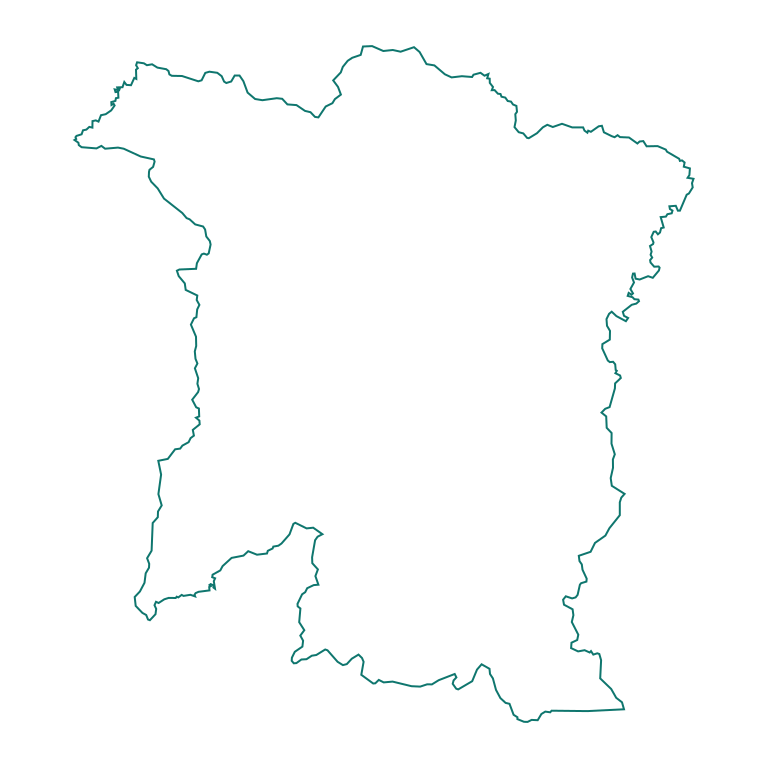 Mueang Nan, Nan, Thailand (Albers equal-area conic projection)
{"feature_id": "78962969B90844485924404", "entity_name": "Mueang Nan", "entity_type": "district", "adm_level": 2, "iso_a3": "THA", "parent_name": "Thailand", "parent_adm1": "Nan", "projection": "albers", "projection_center": [100.677, 18.865], "detail": "fine", "context": "isolated", "style": "outline", "palette": "teal", "viewbox_px": 768, "rotation_deg": 0, "n_neighbors": 0, "source": "geoboundaries", "source_scale": "gbopen_adm2", "svg_char_len": 6031}
<svg xmlns="http://www.w3.org/2000/svg" viewBox="0 0 768 768"><path d="M135.7,605.9L142.4,612.9L146.2,615.0L148.0,619.5L149.9,620.2L155.5,614.2L156.2,608.9L154.5,605.2L156.0,601.8L158.6,603.0L164.3,599.3L168.7,597.9L175.7,598.0L176.7,596.7L178.3,597.4L181.7,594.9L183.5,595.9L190.4,594.8L195.1,596.4L194.5,594.8L195.6,593.1L198.6,591.8L209.5,590.4L209.2,587.0L210.7,586.2L209.5,585.0L210.7,584.1L213.6,585.4L213.4,587.5L215.0,588.7L213.8,581.2L215.1,578.3L212.2,577.2L212.6,574.7L220.3,570.4L222.6,566.1L231.6,557.9L243.5,555.6L248.2,551.2L257.0,554.7L267.0,553.5L267.8,550.8L272.6,548.5L273.3,546.6L278.4,545.7L281.5,543.5L289.5,534.4L293.4,523.9L295.3,522.8L306.6,528.4L313.2,527.7L322.4,534.2L317.6,536.7L315.1,540.2L312.1,557.3L312.3,563.2L317.9,569.4L315.4,576.1L318.4,584.7L313.7,585.1L307.2,588.2L305.2,592.2L302.1,594.3L297.5,603.9L297.7,606.4L300.4,608.5L299.2,622.2L304.3,630.2L300.3,635.6L303.1,640.7L302.4,646.6L294.8,651.8L291.9,657.7L291.7,660.8L293.8,663.3L296.4,663.1L301.4,659.5L306.5,659.2L311.8,655.7L316.3,655.0L325.2,649.5L327.5,650.3L337.6,661.8L342.9,665.1L346.8,664.1L351.8,658.7L358.5,654.6L362.0,658.0L363.6,661.8L361.3,674.8L373.2,683.5L375.3,683.3L378.8,679.9L383.7,682.4L392.6,681.6L411.5,686.2L420.2,686.6L427.2,684.3L431.9,684.4L438.7,680.2L454.7,674.0L456.4,677.4L453.6,680.4L452.7,683.8L456.2,688.7L458.2,689.4L472.2,681.2L477.0,669.6L481.6,664.3L489.5,668.8L490.0,674.0L492.9,678.4L496.0,689.9L500.4,698.1L505.6,702.9L509.5,703.8L513.6,714.8L517.4,717.2L517.4,719.1L524.0,721.8L527.6,721.9L531.6,719.9L537.7,720.2L541.4,714.0L545.3,711.6L550.2,712.3L551.6,710.7L587.5,711.1L624.0,709.3L622.0,702.3L616.2,697.8L611.2,689.0L600.2,678.4L601.1,660.2L599.3,654.0L597.3,653.3L593.3,654.6L591.0,651.1L589.7,652.5L584.6,650.2L578.1,651.4L571.1,648.1L571.5,642.7L577.2,640.0L578.3,634.7L571.8,622.0L573.4,615.2L572.6,609.3L564.0,604.7L563.1,599.7L565.8,596.3L572.1,598.4L575.6,597.4L577.6,594.9L579.9,584.7L581.1,583.2L586.4,581.6L586.7,578.7L582.5,569.7L581.8,564.4L579.5,561.1L578.8,555.8L590.6,551.8L595.0,542.9L605.4,535.6L609.4,528.2L619.8,515.2L619.8,502.3L621.3,497.6L624.6,493.9L611.8,485.8L610.7,478.1L613.0,467.8L612.9,459.4L614.8,454.3L611.5,443.7L611.6,433.0L606.7,427.8L606.2,416.4L601.5,412.6L605.2,408.8L609.6,407.1L614.9,388.4L615.1,383.4L620.8,378.0L620.1,375.5L615.4,373.2L616.8,370.8L615.7,370.0L615.2,364.3L613.1,361.8L609.8,362.1L607.8,360.5L602.2,348.3L602.4,344.1L609.8,339.6L610.0,330.9L607.0,325.8L606.5,319.1L609.1,313.8L611.7,311.7L616.4,316.1L625.9,321.2L628.1,318.0L624.0,315.8L622.8,311.8L631.7,304.8L636.3,303.6L639.0,301.2L638.4,299.6L634.4,299.2L632.5,297.2L627.7,295.9L628.7,292.9L631.6,294.7L633.0,293.4L630.4,289.0L634.0,282.5L632.1,277.5L633.0,273.6L634.6,273.5L635.6,278.7L639.7,279.5L648.1,276.2L652.8,277.8L658.9,270.5L659.6,267.7L658.6,266.5L654.2,266.7L650.5,262.5L650.1,260.1L652.2,257.6L650.6,254.8L651.6,251.6L650.0,246.0L653.1,244.0L653.5,242.4L651.3,237.1L653.7,231.8L655.7,231.5L657.9,234.3L660.0,232.5L661.1,228.2L663.7,227.5L660.7,217.1L665.9,216.6L667.4,214.2L671.7,213.3L672.5,210.6L669.9,209.0L669.4,206.3L675.8,205.8L677.9,210.7L679.9,210.7L686.7,194.7L688.9,193.5L692.7,187.4L692.0,183.2L693.5,178.8L687.6,177.8L689.4,175.1L689.9,168.4L683.8,166.7L684.6,162.5L682.0,160.4L679.9,160.9L679.2,158.8L667.0,151.7L665.8,149.6L657.6,146.1L646.6,146.3L643.3,141.1L639.6,141.5L637.4,143.5L629.0,137.5L620.0,137.1L617.6,135.2L614.6,137.2L611.8,136.2L603.9,132.3L601.9,125.8L598.7,126.3L590.9,131.8L588.2,130.7L587.4,132.7L584.5,130.6L583.1,127.4L572.2,127.4L562.0,123.8L552.8,127.0L547.3,124.8L542.9,127.3L537.0,133.2L528.8,138.2L527.1,137.9L523.3,133.4L518.7,132.2L514.5,127.1L515.8,120.5L515.3,114.2L517.0,111.8L516.4,105.9L513.0,104.5L511.0,101.6L507.7,101.0L505.3,97.6L501.5,96.7L500.5,94.0L497.9,93.7L494.6,90.1L491.8,90.2L493.0,87.0L489.8,82.9L489.7,78.7L487.2,78.3L488.4,74.0L484.5,75.7L480.5,72.8L473.5,74.7L472.1,77.0L461.9,76.2L451.6,77.4L444.9,74.3L434.4,65.4L426.5,64.1L419.6,52.0L414.0,47.2L400.6,51.7L392.8,50.0L383.3,51.0L372.1,46.1L363.0,46.5L360.7,54.9L352.2,57.8L347.7,60.8L342.8,66.9L340.8,72.4L333.2,80.4L338.0,86.9L340.9,94.6L334.9,99.1L332.4,103.2L325.7,106.5L318.4,117.4L315.0,116.9L310.5,112.2L305.0,110.9L296.5,105.1L287.4,104.4L282.2,98.8L276.8,98.2L262.4,100.2L255.1,99.0L247.6,92.6L243.4,81.2L239.5,75.5L234.7,75.5L231.2,81.5L226.3,83.0L224.1,81.6L221.7,76.2L217.3,72.8L209.4,71.7L205.3,72.9L201.6,80.3L198.3,81.3L182.0,76.0L171.8,75.8L169.4,74.4L168.5,71.0L166.2,69.2L157.4,67.6L152.1,64.3L146.9,65.2L143.9,63.3L137.1,62.3L136.1,65.2L137.8,68.2L136.0,69.7L136.3,78.9L134.3,77.9L131.0,85.2L126.5,84.9L124.3,82.0L122.5,87.2L117.2,87.4L117.8,89.2L119.6,89.0L119.1,90.3L114.7,89.4L115.5,92.1L118.1,91.8L118.4,97.7L115.9,98.2L115.4,100.9L111.3,102.1L111.5,105.0L113.6,103.8L114.6,105.5L111.2,110.4L105.7,114.2L101.0,115.2L98.5,121.6L95.8,120.4L92.5,121.1L92.4,127.6L89.3,126.9L86.4,129.6L83.0,130.3L81.6,134.3L76.5,135.9L75.5,137.2L76.2,139.0L74.5,140.0L78.4,142.7L78.8,145.1L81.6,147.2L96.5,148.4L101.4,145.9L105.1,148.7L118.0,147.6L123.7,148.7L140.7,156.5L153.9,159.4L154.6,161.6L153.1,166.9L149.5,169.8L149.0,171.9L148.8,176.7L151.2,181.7L157.7,188.4L164.0,198.6L182.3,213.0L186.6,218.1L189.6,219.3L195.2,224.4L203.1,226.5L205.1,229.5L206.3,236.5L209.8,241.0L210.6,244.5L208.7,253.4L206.9,254.7L203.9,253.6L201.7,254.4L196.9,263.2L196.1,268.8L179.4,269.5L176.9,270.7L178.7,276.1L184.8,283.4L185.7,289.9L197.3,295.5L196.7,300.0L199.4,304.9L197.2,309.4L196.4,317.2L194.0,318.3L190.9,324.6L196.0,336.7L196.2,346.0L194.8,351.4L195.5,358.8L197.4,363.5L194.9,368.3L198.2,378.2L197.4,383.8L199.0,389.0L198.1,392.1L192.2,399.7L196.2,407.3L198.9,408.5L199.2,416.4L196.0,417.7L199.4,420.6L199.7,424.3L192.8,429.9L193.9,435.6L190.6,438.1L188.6,442.2L182.4,445.6L180.2,448.6L175.1,449.3L167.8,458.9L158.3,460.8L161.1,474.6L158.4,494.1L161.7,505.4L158.0,511.5L157.8,517.2L152.7,523.0L151.6,550.7L147.1,558.2L149.2,563.8L149.0,567.7L145.7,573.3L144.5,582.8L139.9,591.5L134.7,597.0L135.7,605.9Z" fill="none" stroke="#0f766e" stroke-width="2"/></svg>